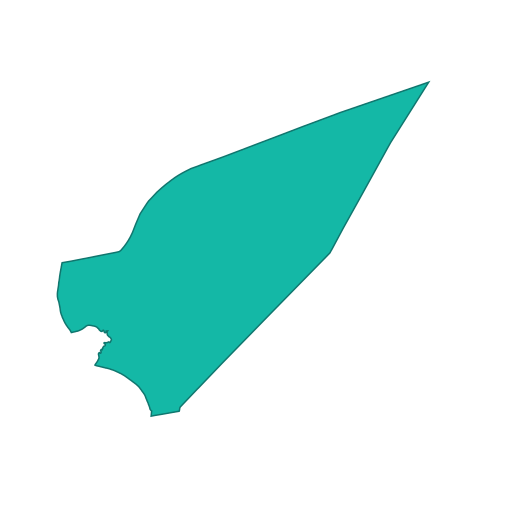 Ma'rib, Ma'rib, Yemen (Mercator projection), rotated 349°
{"feature_id": "15242507B71405176462371", "entity_name": "Ma'rib", "entity_type": "district", "adm_level": 2, "iso_a3": "YEM", "parent_name": "Yemen", "parent_adm1": "Ma'rib", "projection": "mercator", "projection_center": [45.401, 15.638], "detail": "fine", "context": "isolated", "style": "filled", "palette": "teal", "viewbox_px": 512, "rotation_deg": 349, "n_neighbors": 0, "source": "geoboundaries", "source_scale": "gbopen_adm2", "svg_char_len": 5308}
<svg xmlns="http://www.w3.org/2000/svg" viewBox="0 0 512 512"><g transform="rotate(349 256 256)"><path d="M64.4,225.6L64.1,226.3L63.8,226.9L63.6,227.4L63.4,228.0L63.2,228.6L62.9,229.2L62.7,229.8L62.5,230.4L62.3,230.9L62.0,231.5L61.7,232.3L61.5,232.9L61.2,233.7L60.9,234.3L60.7,235.0L60.4,235.7L60.2,236.3L59.9,237.1L59.7,237.7L59.4,238.4L59.2,239.2L59.0,239.8L57.9,243.1L57.6,243.7L57.3,244.5L57.1,245.2L56.9,245.9L56.7,246.7L56.5,247.3L56.3,247.9L56.2,248.2L56.0,248.7L55.8,249.3L55.5,250.0L55.3,250.7L55.0,251.5L54.8,252.1L54.5,252.8L54.3,253.5L54.0,254.4L53.8,255.2L53.7,255.8L53.5,256.6L53.5,257.2L53.3,257.9L53.3,258.6L53.3,259.2L53.3,259.9L53.3,260.7L53.4,261.3L53.5,262.1L53.6,262.8L53.7,263.5L53.7,264.3L53.7,265.1L53.7,265.7L53.7,266.5L53.7,267.2L53.7,267.9L53.7,268.6L53.7,269.3L53.7,270.0L53.6,270.7L53.6,271.5L53.5,272.3L53.5,272.9L53.5,273.8L53.5,274.4L53.6,274.9L53.6,275.3L53.7,276.1L53.8,276.8L54.0,277.5L54.1,278.2L54.1,278.8L54.3,279.5L54.4,280.1L54.6,280.8L54.8,281.4L54.9,282.1L55.1,282.9L55.3,283.8L55.5,284.4L55.6,284.8L55.7,285.1L55.9,285.8L56.2,286.5L56.4,287.0L56.6,287.7L56.9,288.3L57.2,289.0L57.5,289.6L57.8,290.4L58.2,291.0L58.5,291.7L58.9,292.4L59.1,292.9L59.4,293.5L59.6,294.1L59.7,294.7L60.0,295.4L60.1,295.9L60.7,295.9L61.4,295.9L62.2,295.8L62.8,295.8L63.4,295.8L64.1,295.8L64.8,295.7L65.4,295.7L66.0,295.7L66.6,295.7L67.8,295.5L69.1,295.2L70.3,294.9L71.4,294.6L73.2,293.8L74.7,293.1L75.5,292.6L76.2,292.3L76.8,292.1L77.6,292.0L78.1,292.0L78.9,292.1L79.7,292.3L80.8,292.7L81.8,293.1L82.4,293.4L83.0,293.6L84.2,294.1L85.5,294.9L85.6,295.0L85.9,295.2L86.3,295.6L86.7,296.2L87.0,296.7L87.2,296.9L87.5,297.1L87.7,297.4L87.8,297.6L87.8,298.1L88.0,298.5L88.3,299.0L88.8,299.6L89.1,300.0L89.4,300.3L89.7,300.5L90.2,300.6L90.5,300.6L90.8,300.4L91.1,300.1L91.4,299.9L91.5,299.8L91.7,299.7L91.9,299.7L92.1,299.8L92.3,300.0L92.4,300.4L92.4,300.9L92.5,301.3L92.5,301.5L92.6,301.9L92.8,302.3L93.1,302.5L93.4,302.6L93.7,302.6L93.9,302.5L94.1,302.4L94.2,302.2L94.3,301.9L94.5,301.3L94.5,301.1L94.8,301.0L96.1,301.2L95.4,301.9L95.3,302.1L95.0,305.0L95.4,305.7L95.7,306.3L96.2,307.1L96.4,307.3L96.6,307.5L96.9,307.7L97.2,308.0L97.3,308.1L97.4,308.3L97.5,308.5L97.8,309.1L98.1,310.2L98.1,310.7L96.4,312.9L96.0,313.1L95.6,313.0L95.4,312.9L95.3,312.4L95.0,312.3L94.7,312.2L94.5,312.3L93.8,312.5L93.6,312.6L93.3,312.6L93.2,312.7L90.6,312.1L90.3,312.2L90.2,312.4L90.2,312.8L90.4,313.2L91.0,313.6L91.2,313.9L91.2,314.4L90.9,315.1L90.5,315.4L89.2,315.6L89.0,315.8L88.6,316.3L88.2,316.8L88.0,317.0L87.9,317.6L87.6,317.9L87.3,317.9L87.2,317.9L87.1,318.0L87.1,318.4L87.1,318.6L86.9,318.8L86.8,318.7L86.7,318.6L86.6,318.4L86.4,318.3L86.2,318.3L85.9,318.5L85.6,318.9L85.4,319.1L85.4,319.3L85.6,320.1L85.7,320.5L85.5,321.2L85.4,321.4L85.1,321.6L84.9,321.8L84.6,321.8L84.4,321.7L84.2,321.3L84.1,321.1L83.9,320.9L83.3,321.2L83.0,321.4L82.8,321.8L82.6,322.2L82.6,322.5L82.6,323.0L82.6,325.0L82.5,325.8L82.4,326.1L82.3,326.4L82.1,326.7L81.8,327.2L81.3,327.7L81.0,328.2L80.6,328.7L80.2,329.2L79.8,329.6L79.3,330.1L78.9,330.5L78.4,331.0L77.9,331.4L77.4,331.9L77.1,332.4L77.4,332.7L78.1,333.0L78.6,333.3L79.1,333.6L79.7,333.8L80.4,334.1L80.9,334.3L81.5,334.6L82.3,335.0L82.8,335.2L83.4,335.5L84.1,335.8L84.7,336.1L85.3,336.4L85.9,336.6L86.6,337.0L87.2,337.3L88.0,337.5L88.5,337.8L89.2,338.1L89.8,338.4L90.4,338.7L91.0,339.0L91.6,339.4L92.1,339.7L92.8,340.1L93.6,340.5L94.1,340.8L94.6,341.1L95.3,341.6L95.8,341.9L96.3,342.3L96.8,342.6L97.5,343.2L98.0,343.5L98.6,343.9L99.1,344.3L99.7,344.8L100.4,345.3L100.9,345.6L101.4,346.0L101.6,346.2L101.9,346.5L102.4,347.0L103.0,347.4L103.6,348.0L104.2,348.5L104.6,349.0L105.2,349.6L105.7,350.1L106.1,350.6L106.6,351.0L107.0,351.5L107.4,352.0L107.8,352.4L108.3,352.9L108.7,353.4L109.3,353.9L109.6,354.3L109.9,354.6L110.4,355.2L110.9,355.8L111.4,356.3L111.8,356.7L112.2,357.2L112.6,357.6L113.0,358.1L113.5,358.6L114.0,359.2L114.5,359.9L115.0,360.6L115.4,361.1L115.8,361.7L116.2,362.3L116.5,362.9L116.9,363.7L117.2,364.4L117.5,365.0L117.9,365.7L118.1,366.4L118.4,367.0L118.7,367.6L119.0,368.2L119.3,368.8L119.5,369.4L119.8,370.0L120.1,370.7L120.3,371.4L120.5,372.1L120.6,372.7L120.7,373.3L120.8,374.0L120.9,374.6L121.0,375.2L121.2,375.9L121.3,376.5L121.4,377.1L121.5,377.7L121.7,378.5L121.9,379.2L122.0,379.8L122.1,380.4L122.1,381.0L122.3,381.7L122.4,382.3L122.5,382.9L122.6,383.6L122.7,384.3L122.7,385.0L122.8,385.7L122.8,386.3L123.1,386.9L123.4,387.5L123.8,388.0L124.0,388.2L122.5,393.2L126.3,393.2L133.1,393.4L151.0,393.7L151.2,393.4L151.8,391.8L152.2,390.6L152.8,389.8L162.6,382.8L173.6,375.0L174.0,374.8L201.7,355.2L210.8,348.9L234.6,332.4L250.6,321.3L295.2,290.5L320.6,273.0L329.1,267.1L330.9,264.9L331.4,264.4L346.7,245.6L367.4,221.0L373.1,214.2L389.9,194.1L406.5,174.2L408.8,171.5L410.0,170.1L458.7,118.3L366.5,131.2L327.0,137.8L254.6,150.4L242.4,152.5L219.8,156.0L216.0,156.7L208.7,157.8L208.1,158.0L207.8,158.1L203.1,159.4L199.2,160.6L195.5,161.9L191.7,163.4L188.0,165.1L186.0,166.1L182.0,168.1L180.5,168.9L176.7,171.0L171.0,174.4L164.4,179.2L161.1,181.5L158.8,183.7L150.3,192.5L144.0,201.8L139.2,209.4L135.9,213.8L134.8,215.0L134.3,215.6L134.1,215.9L131.3,218.8L128.4,221.5L126.4,223.1L124.6,224.6L123.8,225.0L122.6,225.6L119.5,225.7L116.4,225.7L107.7,225.7L73.4,225.8L64.6,225.6L64.4,225.6L64.4,225.6Z" fill="#14b8a6" stroke="#0f766e" stroke-width="1.5"/></g></svg>